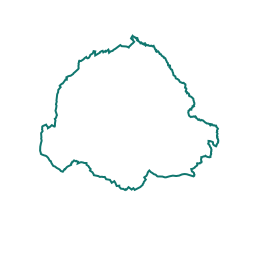 the district of Nong Mamong, Chai Nat, Thailand, rotated 42°
{"feature_id": "78962969B54386166532086", "entity_name": "Nong Mamong", "entity_type": "district", "adm_level": 2, "iso_a3": "THA", "parent_name": "Thailand", "parent_adm1": "Chai Nat", "projection": "robinson", "projection_center": [99.839, 15.23], "detail": "fine", "context": "isolated", "style": "outline", "palette": "teal", "viewbox_px": 256, "rotation_deg": 42, "n_neighbors": 0, "source": "geoboundaries", "source_scale": "gbopen_adm2", "svg_char_len": 5651}
<svg xmlns="http://www.w3.org/2000/svg" viewBox="0 0 256 256"><g transform="rotate(42 128 128)"><path d="M80.6,205.5L81.8,205.3L84.1,204.4L85.2,203.8L86.3,203.5L88.6,203.6L91.6,204.6L92.2,204.6L92.6,204.3L93.4,204.6L94.4,205.2L97.8,206.2L99.8,205.4L101.5,205.4L104.8,204.6L107.0,204.9L108.8,204.1L108.4,201.0L108.9,200.8L108.7,198.3L108.9,197.1L110.4,193.5L109.9,193.0L109.5,192.4L109.8,192.1L109.2,190.4L109.6,190.1L109.6,188.2L111.6,187.6L111.8,187.4L111.9,186.9L113.1,186.8L113.5,186.5L114.0,187.2L114.4,188.0L115.5,185.6L116.0,184.8L117.9,183.6L118.7,183.4L120.6,181.8L121.8,183.1L124.1,182.8L124.7,182.9L125.3,183.3L127.7,183.5L128.2,185.1L131.2,184.7L133.2,185.3L134.2,185.9L138.1,183.6L139.8,183.2L141.3,181.6L142.3,181.1L143.5,179.9L146.0,180.7L149.3,178.6L152.6,179.6L153.4,176.7L155.0,177.1L158.4,178.7L160.1,176.7L160.8,177.4L161.3,177.6L163.3,177.8L164.7,176.9L165.1,176.4L167.3,176.0L167.3,175.0L168.1,174.8L168.0,171.6L171.9,171.3L172.0,170.2L172.3,169.1L174.4,169.5L176.7,163.5L176.7,162.6L177.0,160.5L176.5,159.7L176.5,158.7L175.9,157.6L175.7,154.4L174.5,154.2L173.1,153.8L173.7,151.2L173.3,149.6L172.5,147.9L172.3,146.9L172.3,145.3L174.4,145.5L176.4,145.1L178.1,145.0L179.8,144.2L182.1,144.3L182.5,144.1L186.0,141.1L188.4,140.0L189.2,139.3L191.2,136.1L193.2,133.4L196.0,131.4L197.9,129.1L199.1,126.5L200.0,125.3L201.0,124.2L202.7,123.0L209.1,120.1L209.2,119.3L208.8,118.9L208.8,118.5L208.6,118.2L208.1,118.1L207.1,117.3L205.4,117.2L204.6,117.5L202.5,116.2L203.2,115.3L203.7,114.1L204.1,112.6L203.9,112.0L204.4,110.0L204.4,109.4L203.9,108.8L203.0,108.1L203.3,107.6L204.1,107.2L205.0,106.3L204.8,105.9L205.6,104.5L205.4,104.0L205.0,104.1L204.2,103.1L203.6,102.8L202.9,101.9L202.7,101.1L202.0,100.7L202.9,99.2L203.1,98.6L204.0,97.7L204.1,96.8L205.4,96.7L206.8,96.1L208.2,95.2L208.7,94.4L207.7,93.3L207.5,92.2L207.1,91.5L206.7,91.4L205.5,89.9L205.4,89.2L204.8,88.9L204.4,88.1L203.6,87.8L203.1,87.3L201.5,87.0L200.1,86.2L199.2,86.1L198.7,86.2L198.0,85.9L197.8,84.9L197.5,84.7L196.5,83.7L197.7,82.8L200.4,81.7L200.8,81.9L202.0,83.0L202.6,83.2L203.8,83.2L205.7,82.7L205.6,81.9L205.1,81.5L204.8,80.0L204.7,78.6L204.2,77.8L203.8,77.7L203.5,76.9L202.8,76.4L202.4,76.4L201.7,75.7L201.3,75.8L200.8,75.7L200.7,75.4L200.4,75.2L200.2,74.5L200.0,74.4L199.7,74.6L198.9,73.8L198.6,72.8L198.4,72.7L198.2,72.2L196.8,71.8L196.6,71.1L196.6,70.8L196.0,70.5L195.7,70.2L195.4,68.4L193.5,68.0L192.8,68.0L192.1,67.4L191.8,67.3L191.1,68.1L190.4,68.2L189.6,69.1L188.3,69.0L187.9,69.1L187.7,70.7L187.5,71.0L187.2,70.9L186.9,70.2L186.6,69.9L186.2,70.1L185.7,70.7L184.6,71.0L183.5,71.9L182.5,72.0L181.7,72.2L178.6,72.2L178.0,72.6L177.4,72.7L177.1,73.6L176.7,74.0L175.4,73.8L175.0,74.8L174.7,75.0L173.5,74.6L172.2,75.0L171.3,74.4L170.2,74.2L170.0,74.4L169.8,75.3L168.9,75.6L168.5,76.5L167.8,77.0L167.4,77.8L165.5,78.0L164.5,77.6L162.3,76.1L162.1,75.8L162.0,75.1L161.4,74.6L161.7,73.4L161.5,72.4L161.8,72.2L162.6,72.2L162.8,72.0L162.0,71.0L161.9,70.6L162.2,69.7L161.5,68.7L162.4,68.1L162.5,67.6L161.6,67.3L161.5,66.1L160.6,65.0L159.5,64.5L158.8,63.9L158.2,63.7L156.9,62.5L154.2,62.5L153.0,62.8L152.3,63.3L151.7,63.1L151.1,62.2L150.1,61.8L149.6,61.9L148.7,62.7L148.3,62.0L147.9,61.8L146.9,62.3L146.6,62.3L146.2,62.0L145.6,60.5L145.0,59.7L144.6,59.6L143.4,59.9L142.0,57.6L141.3,57.1L140.6,57.3L139.1,57.2L138.3,58.2L137.1,58.5L136.1,59.0L134.8,58.8L134.0,58.3L132.7,58.5L132.1,58.4L130.6,59.1L130.0,59.0L128.7,58.0L126.4,58.3L124.5,56.8L123.4,56.4L122.1,55.4L121.7,55.3L120.6,55.7L119.6,55.2L118.3,55.2L117.9,53.9L117.4,53.5L116.8,53.7L116.2,54.6L115.9,54.6L114.2,53.1L112.8,53.0L111.8,52.4L110.8,52.1L109.0,51.2L107.7,51.8L106.8,51.2L105.9,51.6L104.7,51.7L103.0,51.2L102.0,51.8L101.5,51.6L100.9,51.1L100.3,51.1L99.0,50.8L98.8,50.9L98.8,51.6L98.3,52.3L97.7,52.3L96.9,52.0L96.6,51.1L95.3,51.3L93.4,50.3L92.6,50.3L92.0,49.8L91.8,50.0L91.5,51.0L90.1,51.3L89.7,52.1L88.6,52.8L87.5,52.9L87.3,53.4L86.9,53.5L86.2,54.1L86.0,54.9L85.8,54.8L85.7,54.3L85.0,54.8L84.7,54.0L84.1,54.3L83.8,53.9L83.4,54.5L83.7,54.9L83.4,55.5L83.0,55.6L82.6,55.3L82.3,55.5L81.8,55.5L81.7,55.6L81.8,55.9L81.3,56.0L80.8,55.7L80.5,56.7L79.2,56.2L78.1,56.5L77.3,56.3L76.8,56.7L76.1,56.7L76.0,56.4L75.8,56.4L75.9,56.1L75.9,55.6L75.4,55.5L75.2,55.2L74.8,54.9L74.3,55.1L74.0,55.6L73.5,56.0L73.1,55.8L72.3,56.0L71.9,56.4L71.4,56.2L70.9,56.5L69.7,56.4L70.1,58.7L70.4,58.9L70.8,58.8L70.9,59.0L70.7,59.4L71.2,59.5L71.4,59.2L72.0,59.1L72.3,58.9L72.8,59.5L74.9,59.8L74.9,61.9L74.6,63.4L74.6,65.1L74.4,66.6L74.7,67.7L73.4,68.0L72.0,68.7L68.6,71.4L66.8,71.5L65.6,77.6L64.9,79.8L65.0,80.9L63.8,82.8L63.6,84.4L63.3,84.1L63.1,84.4L62.4,83.6L61.0,82.9L60.5,86.1L59.7,85.8L59.0,88.3L57.5,87.6L57.0,88.4L56.4,90.4L56.7,90.8L55.1,96.0L52.9,93.9L52.4,93.0L51.0,93.9L51.5,95.0L51.9,96.2L51.1,98.8L51.6,100.1L51.9,101.7L51.8,102.4L51.4,103.2L51.0,103.4L50.1,103.5L49.5,103.2L49.0,105.1L49.0,106.7L48.2,109.8L46.8,110.6L46.9,111.2L47.4,111.6L48.1,113.2L49.0,113.9L49.5,114.9L51.4,116.7L51.6,117.5L51.1,122.5L50.9,123.6L51.1,124.6L50.4,127.6L49.5,128.6L48.7,130.2L48.3,131.5L49.2,131.8L50.2,133.1L49.8,133.4L49.1,133.7L49.3,134.6L49.7,138.6L49.4,139.0L49.0,140.9L49.0,142.4L50.6,142.7L50.7,146.3L52.2,148.3L52.5,149.4L52.8,150.3L56.5,155.5L57.4,156.1L58.6,158.6L59.9,159.2L61.2,161.1L62.6,163.7L66.6,166.0L66.9,167.1L67.6,168.4L67.7,169.1L67.5,170.2L69.0,170.9L70.6,173.4L72.3,175.4L72.5,176.0L72.2,176.3L69.5,176.8L69.2,179.7L68.6,181.7L67.6,180.8L66.2,180.8L64.9,180.3L63.5,183.3L63.3,184.2L63.6,184.7L64.8,186.0L65.1,186.6L66.3,187.2L66.7,187.6L66.8,189.6L67.1,190.2L70.1,193.1L70.5,193.9L72.1,195.0L72.6,195.7L73.4,197.4L75.3,200.6L77.9,203.7L80.1,205.0L80.6,205.5Z" fill="none" stroke="#0f766e" stroke-width="2"/></g></svg>